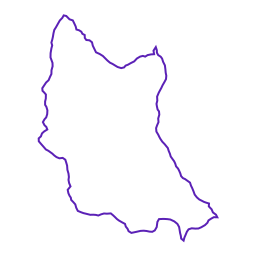 Guaraciama, Minas Gerais, Brazil
{"feature_id": "56859067B51943850078190", "entity_name": "Guaraciama", "entity_type": "district", "adm_level": 2, "iso_a3": "BRA", "parent_name": "Brazil", "parent_adm1": "Minas Gerais", "projection": "orthographic", "projection_center": [-43.612, -17.067], "detail": "fine", "context": "isolated", "style": "outline", "palette": "violet", "viewbox_px": 256, "rotation_deg": 0, "n_neighbors": 0, "source": "geoboundaries", "source_scale": "gbopen_adm2", "svg_char_len": 2753}
<svg xmlns="http://www.w3.org/2000/svg" viewBox="0 0 256 256"><path d="M217.3,217.3L216.0,214.7L212.9,212.4L211.6,209.3L208.8,206.4L209.0,203.5L206.3,202.7L204.0,201.9L201.7,200.7L199.3,199.5L196.9,197.4L194.7,194.6L193.5,191.3L192.2,188.1L191.0,185.7L190.0,182.6L187.3,180.7L185.1,179.1L182.9,178.1L181.1,176.1L180.3,173.4L179.1,170.6L178.0,168.5L176.1,166.4L175.2,163.5L174.1,161.2L172.7,159.3L170.7,156.5L169.9,153.7L168.7,150.9L167.8,148.0L166.3,146.2L164.7,144.2L162.3,141.7L160.4,138.9L159.3,136.9L158.2,134.6L156.4,131.6L156.1,128.1L157.1,125.3L158.5,122.1L158.2,118.5L159.3,114.7L159.0,111.4L157.6,109.5L156.9,106.3L156.5,103.8L157.3,100.7L157.1,96.6L158.8,92.6L160.2,90.0L161.4,87.8L162.5,85.4L164.4,82.1L166.0,79.1L166.3,75.7L165.7,72.7L165.4,69.4L164.9,65.4L163.1,61.8L162.1,58.6L160.7,56.7L158.2,55.1L156.9,52.7L156.8,50.2L155.8,47.1L153.5,50.7L154.1,54.2L151.0,54.4L147.6,55.1L145.2,56.6L142.9,55.9L140.1,56.6L136.9,58.5L134.2,61.4L130.6,63.2L128.0,64.7L125.6,65.6L124.1,67.4L121.2,68.1L117.6,67.0L115.1,65.5L112.5,63.9L110.0,62.7L107.4,60.5L105.2,58.3L102.9,56.0L99.7,54.0L96.0,52.3L94.4,49.0L92.8,45.7L92.0,42.3L89.5,40.3L86.3,40.0L84.8,37.9L84.7,35.0L82.4,33.8L81.3,31.7L79.1,30.3L76.4,29.5L75.7,26.5L74.4,23.7L72.8,20.4L69.5,19.3L66.3,16.0L63.7,15.4L62.3,17.9L59.8,20.5L57.8,24.0L55.9,27.4L54.3,29.9L53.5,33.2L52.9,36.8L52.3,39.5L51.4,42.6L52.2,45.4L51.4,48.4L50.6,53.1L50.5,57.4L51.7,60.7L52.5,62.9L52.6,66.3L51.5,70.2L51.4,74.0L50.0,76.9L48.6,80.2L46.1,82.5L44.1,85.5L42.3,88.2L42.5,90.8L44.2,92.5L45.9,94.5L45.8,98.6L45.1,101.5L45.1,104.8L46.4,106.9L47.4,110.3L47.2,114.2L46.2,117.4L44.5,119.3L42.9,122.1L44.5,125.2L46.3,126.9L47.3,129.5L44.2,131.4L42.0,133.4L40.9,136.4L38.7,138.4L38.8,141.3L41.1,144.0L43.4,146.6L45.9,149.5L48.4,150.8L50.2,152.1L52.3,153.6L54.2,155.4L56.5,157.1L59.4,158.3L62.7,157.9L65.3,159.7L66.2,162.5L67.1,165.6L67.4,169.8L68.5,173.6L68.9,177.0L68.5,179.9L69.1,183.0L70.5,186.4L67.7,189.8L68.4,193.2L69.5,195.7L70.8,197.6L71.2,199.9L73.3,202.1L75.3,204.4L76.2,207.7L77.8,210.9L80.7,212.1L83.4,213.1L86.7,213.9L90.3,214.8L93.1,214.7L95.8,214.9L98.3,215.5L101.2,214.3L104.0,213.5L107.0,213.7L110.8,213.4L113.2,215.4L115.1,217.2L116.9,219.0L118.9,220.5L122.2,222.4L125.0,223.9L125.8,226.6L127.5,228.7L128.6,231.2L131.4,232.9L135.6,232.0L138.3,231.4L140.5,230.9L143.6,230.7L146.6,231.0L149.4,231.6L152.3,231.8L154.8,230.4L156.7,227.1L157.4,221.9L159.0,219.1L163.5,218.9L167.2,219.1L170.3,219.5L174.3,221.4L177.4,223.9L179.1,227.0L179.7,230.5L180.1,233.0L180.8,235.7L181.2,238.6L183.6,240.6L184.4,237.6L185.5,235.1L186.9,231.7L188.6,229.3L191.7,228.3L195.3,228.6L198.4,228.5L201.2,227.3L205.0,225.1L207.4,222.8L208.5,220.4L210.9,218.8L213.8,217.2L217.3,217.3Z" fill="none" stroke="#5b21b6" stroke-width="2"/></svg>